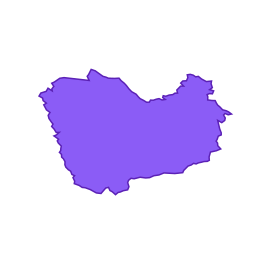 outline of Coqueiros do Sul, Rio Grande do Sul, Brazil, rotated 109°
{"feature_id": "56859067B99955051081577", "entity_name": "Coqueiros do Sul", "entity_type": "district", "adm_level": 2, "iso_a3": "BRA", "parent_name": "Brazil", "parent_adm1": "Rio Grande do Sul", "projection": "equal_earth", "projection_center": [-52.771, -28.135], "detail": "fine", "context": "isolated", "style": "filled", "palette": "violet", "viewbox_px": 256, "rotation_deg": 109, "n_neighbors": 0, "source": "geoboundaries", "source_scale": "gbopen_adm2", "svg_char_len": 2129}
<svg xmlns="http://www.w3.org/2000/svg" viewBox="0 0 256 256"><g transform="rotate(109 128 128)"><path d="M84.6,181.9L90.4,182.7L92.4,183.4L95.7,180.2L101.2,204.9L103.2,208.7L108.5,212.6L110.5,214.7L112.8,211.7L115.8,212.7L117.6,211.7L116.4,216.6L120.0,217.3L123.3,221.8L126.8,222.5L127.5,218.5L129.7,217.2L131.1,213.3L133.5,215.2L137.4,211.0L138.7,206.8L142.0,207.6L144.8,205.8L147.3,202.4L148.7,200.2L151.4,200.7L153.1,197.5L155.6,194.4L154.5,191.6L157.8,193.4L159.6,195.4L161.2,190.0L163.2,190.7L164.9,189.0L166.8,185.2L169.4,184.8L171.2,184.3L173.4,184.9L174.6,182.3L177.1,181.3L178.1,179.1L180.3,176.6L183.3,175.7L185.3,174.0L186.9,170.8L187.5,168.2L190.2,165.9L190.5,163.0L192.8,163.9L195.6,161.1L198.1,160.7L198.2,155.5L199.1,152.0L198.4,149.0L198.5,143.7L199.7,136.8L198.7,132.2L192.0,129.5L190.5,127.1L193.0,124.7L193.4,122.1L195.1,118.1L192.2,116.4L191.0,114.4L188.8,112.0L186.6,108.2L183.2,108.0L179.8,110.5L177.4,110.5L174.6,108.8L174.0,105.7L170.6,100.5L169.5,95.1L167.9,91.4L164.7,88.0L162.3,83.4L158.8,79.4L155.8,68.9L152.4,61.7L150.0,61.5L144.4,58.8L142.4,56.2L140.1,54.5L139.8,51.9L138.0,50.0L136.5,47.5L135.0,45.3L133.7,42.1L132.1,40.6L129.0,41.9L123.9,42.2L120.7,37.0L117.6,33.5L115.5,37.4L113.1,38.4L111.7,40.4L109.8,40.0L106.3,40.0L104.2,37.6L102.2,38.3L99.0,41.0L91.6,45.7L92.4,41.1L89.4,39.0L86.9,39.3L84.6,41.9L82.7,41.0L82.9,37.6L81.1,34.7L80.0,38.2L79.7,40.8L80.0,44.5L78.1,48.1L77.2,50.6L75.7,52.5L73.7,54.5L74.7,57.7L75.5,61.8L72.5,62.7L70.7,64.1L69.0,62.3L68.2,59.3L65.0,59.1L65.2,63.3L62.4,61.4L59.0,63.9L56.4,64.3L58.6,69.1L57.7,74.5L56.3,78.3L57.6,80.7L56.8,83.6L57.0,86.6L58.4,89.3L60.9,87.8L64.3,88.1L65.7,91.5L68.4,92.8L70.3,89.1L71.3,91.9L73.7,93.0L76.2,94.2L78.9,92.5L79.8,95.0L81.8,96.5L83.5,99.9L85.7,102.6L86.0,105.2L87.9,105.1L88.9,102.1L90.4,104.9L90.1,108.2L91.6,110.7L93.5,113.1L94.3,115.8L96.6,116.2L97.6,118.8L96.8,122.4L96.3,126.1L95.2,128.4L93.4,131.3L92.5,136.3L90.6,140.0L88.4,143.3L86.9,146.1L85.5,149.9L83.8,152.7L85.4,156.6L86.4,159.7L87.3,162.8L87.1,165.4L87.3,168.5L86.6,170.9L85.6,174.3L84.6,177.6L84.6,181.9Z" fill="#8b5cf6" stroke="#5b21b6" stroke-width="1.5"/></g></svg>